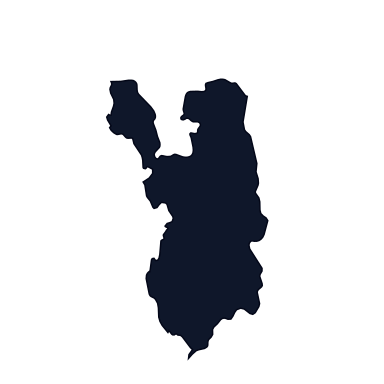 an SVG outline of Moselle, rotated 236°
{"feature_id": "FRA-5328", "entity_name": "Moselle", "entity_type": "Metropolitan department", "adm_level": 1, "iso_a3": "FRA", "parent_name": "France", "parent_adm1": "", "projection": "equal_earth", "projection_center": [6.833, 49.011], "detail": "fine", "context": "isolated", "style": "filled", "palette": "ink", "viewbox_px": 384, "rotation_deg": 236, "n_neighbors": 0, "source": "natural_earth", "source_scale": "10m", "svg_char_len": 3855}
<svg xmlns="http://www.w3.org/2000/svg" viewBox="0 0 384 384"><g transform="rotate(236 192 192)"><path d="M122.1,101.6L123.5,101.7L125.2,101.4L128.2,99.7L129.5,99.3L131.3,99.5L145.8,105.6L148.5,107.8L149.5,109.5L149.9,111.1L150.0,112.3L149.6,112.4L150.7,113.7L158.4,120.5L159.0,121.8L158.3,123.4L155.5,123.5L154.6,125.4L155.6,127.7L158.2,130.4L168.8,138.9L169.0,139.8L168.7,141.8L168.9,142.7L169.7,143.2L171.9,143.9L172.6,144.5L173.9,148.2L174.4,149.1L174.6,149.5L174.9,151.1L175.3,151.8L176.0,151.8L178.1,150.6L178.8,150.6L179.8,153.8L179.0,156.4L178.5,158.9L180.6,161.7L182.4,162.4L189.5,162.4L195.7,164.4L197.7,164.0L200.5,160.9L199.9,157.6L198.7,154.3L199.6,151.4L201.2,151.1L207.8,152.4L212.5,152.0L214.2,152.2L224.2,156.9L227.6,157.1L227.5,164.3L229.4,169.8L232.9,172.1L237.7,169.6L238.0,168.5L237.5,167.5L237.4,166.3L238.8,165.1L239.7,165.2L245.8,168.9L248.3,170.0L250.8,170.8L264.5,170.9L268.8,172.5L269.8,172.7L270.7,171.9L272.4,169.0L273.4,168.0L274.8,167.6L278.0,167.2L279.2,166.7L280.0,165.6L281.2,162.7L281.9,161.7L284.6,160.4L285.2,160.2L288.3,159.5L291.4,159.7L292.1,161.9L298.9,162.3L301.8,163.2L302.9,166.2L301.7,166.8L301.3,167.3L301.0,167.9L303.3,169.9L306.9,174.8L309.0,177.0L312.5,178.9L319.4,179.9L323.0,181.4L324.2,182.6L325.7,185.3L327.2,186.3L328.8,186.6L323.5,194.8L320.1,201.9L318.7,204.0L317.4,205.5L316.0,206.3L314.5,206.7L313.0,206.7L311.6,206.2L307.3,203.5L305.8,202.8L304.3,202.4L302.7,202.4L285.7,205.4L280.6,205.6L277.1,204.9L275.5,204.2L274.2,203.2L273.4,202.0L273.1,200.7L272.5,199.5L271.4,198.6L270.0,198.1L263.5,196.6L257.4,194.4L250.9,192.9L249.3,192.0L248.0,191.0L247.2,189.8L245.8,183.9L245.1,182.6L244.0,181.4L241.6,180.7L239.9,180.9L238.6,181.8L238.5,183.0L239.4,185.6L239.3,186.9L238.4,188.0L235.9,190.4L234.9,191.7L233.6,194.0L233.5,194.3L233.4,194.9L233.3,195.9L233.3,196.9L233.2,197.8L233.0,198.6L232.1,199.7L226.3,203.9L224.8,205.5L223.8,206.9L223.1,208.3L222.7,209.6L222.5,210.8L222.6,212.1L223.1,213.4L223.9,214.7L225.1,215.8L226.1,216.6L228.6,218.0L237.5,221.7L240.6,222.3L241.5,223.0L241.6,224.1L239.0,226.7L238.1,228.4L238.1,229.8L239.2,230.7L240.3,231.5L241.0,232.6L241.9,235.2L242.6,236.3L243.9,237.0L245.3,237.0L246.8,236.2L247.7,235.0L249.6,232.2L250.9,231.5L252.1,231.1L254.1,230.7L255.5,229.8L256.3,228.5L256.3,226.9L256.7,225.1L257.6,224.1L258.7,223.7L259.8,224.3L260.3,225.2L260.5,226.4L260.5,227.6L260.7,228.7L261.6,229.6L264.3,230.4L265.7,231.1L274.7,239.8L275.6,240.9L276.3,242.0L276.7,243.1L276.9,243.8L276.8,244.8L276.7,245.5L276.2,246.9L272.3,253.0L269.7,256.1L268.5,258.3L268.5,259.8L269.1,260.9L270.4,261.7L272.0,262.4L273.3,263.1L274.2,264.3L273.7,266.5L271.9,271.2L270.5,276.2L269.4,278.9L268.2,280.6L266.7,282.1L260.4,285.2L259.5,286.3L258.4,288.6L257.1,289.3L241.9,290.1L240.4,291.3L221.5,273.4L214.3,270.3L212.1,270.3L207.5,271.5L205.2,271.5L179.4,261.7L172.9,256.3L166.2,254.3L162.2,252.0L160.7,250.5L156.9,244.6L155.6,244.0L149.7,244.1L146.0,242.7L139.0,238.2L135.7,237.0L132.3,237.6L129.1,238.9L125.9,238.8L116.5,228.0L114.9,225.2L114.3,222.7L114.3,220.4L115.0,218.2L116.3,216.2L117.7,214.7L118.2,214.0L118.2,212.6L117.4,210.7L116.0,209.4L112.6,208.0L89.6,207.4L87.3,205.8L85.5,202.1L84.1,200.9L76.9,198.9L75.1,197.9L74.5,196.6L74.0,192.5L73.4,191.0L72.3,189.9L61.7,185.6L59.6,183.3L56.6,176.9L56.6,174.0L58.9,172.1L65.7,169.9L68.5,167.4L69.5,163.1L68.3,160.0L66.2,156.5L64.9,153.2L66.4,150.7L69.0,148.8L70.2,146.8L70.2,144.4L68.6,139.4L67.8,134.5L66.5,132.1L62.4,129.5L61.0,126.7L60.4,123.5L59.8,122.3L58.6,121.1L56.6,119.7L55.7,118.9L55.2,117.6L55.3,114.9L57.5,109.3L58.1,106.7L57.4,101.5L56.0,96.1L58.9,98.6L61.1,104.4L63.8,103.7L77.4,103.0L79.7,102.3L81.3,100.3L83.2,99.7L83.5,98.6L83.5,97.3L84.4,96.1L85.5,95.7L90.0,95.4L89.0,93.5L98.1,92.7L102.6,93.1L106.9,94.5L107.2,94.7L114.8,99.4L119.0,101.3L122.1,101.6Z" fill="#0f172a" stroke="#020617" stroke-width="1.5"/></g></svg>